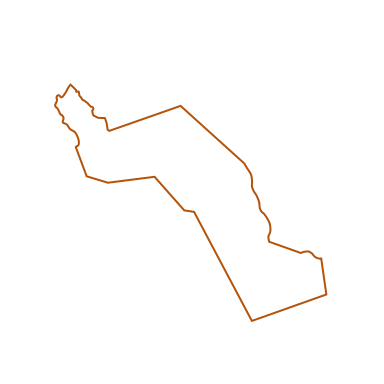 Dulce Nombre, Copán, Honduras, rotated 159°
{"feature_id": "27666195B52269528402042", "entity_name": "Dulce Nombre", "entity_type": "district", "adm_level": 2, "iso_a3": "HND", "parent_name": "Honduras", "parent_adm1": "Copán", "projection": "equal_earth", "projection_center": [-88.827, 14.864], "detail": "fine", "context": "isolated", "style": "outline", "palette": "amber", "viewbox_px": 384, "rotation_deg": 159, "n_neighbors": 0, "source": "geoboundaries", "source_scale": "gbopen_adm2", "svg_char_len": 5715}
<svg xmlns="http://www.w3.org/2000/svg" viewBox="0 0 384 384"><g transform="rotate(159 192 192)"><path d="M284.7,244.4L267.2,230.8L221.5,219.6L205.8,177.6L197.2,172.7L182.3,50.2L103.3,48.2L95.2,83.6L95.6,83.7L95.9,83.8L96.4,83.9L96.5,83.9L96.9,84.1L97.5,84.5L98.2,85.0L98.7,85.4L99.2,85.9L99.6,86.3L99.9,86.6L100.1,86.9L100.4,87.4L100.6,87.8L100.9,88.3L101.0,88.6L101.2,89.1L101.3,89.4L101.5,90.1L101.7,90.7L101.9,91.4L102.2,92.0L102.4,92.3L102.7,92.6L103.1,93.2L103.6,93.8L104.0,94.3L104.4,94.6L104.7,94.8L104.9,94.9L105.1,95.0L105.3,95.1L106.7,95.5L107.5,95.7L108.4,95.9L108.8,96.0L109.4,96.1L109.9,96.1L111.0,96.1L112.2,96.0L137.7,117.8L137.6,119.0L137.5,119.7L137.3,120.9L137.0,121.9L137.0,122.2L136.9,122.5L136.7,122.9L136.5,123.3L136.1,123.8L135.9,124.0L135.5,124.3L135.0,124.8L134.5,125.3L134.0,125.9L133.6,126.4L133.1,127.0L132.8,127.6L132.5,128.2L132.2,128.8L132.0,129.3L131.8,130.0L131.6,130.7L131.2,132.1L131.0,133.5L130.9,134.1L130.8,134.3L130.8,134.8L130.8,135.6L130.8,136.3L130.8,136.8L130.8,137.3L130.9,138.1L131.1,139.3L131.3,140.7L131.4,141.4L131.7,142.7L131.9,143.4L132.1,144.3L132.3,145.0L132.5,145.6L132.8,146.2L133.0,146.6L133.3,147.2L133.7,147.7L133.9,148.1L134.0,148.4L134.2,148.9L134.3,149.4L134.4,150.0L134.5,150.6L134.5,151.1L134.5,151.8L134.5,152.4L134.4,152.9L134.3,153.5L134.2,154.0L134.1,154.4L133.7,155.5L133.6,156.0L133.4,156.4L133.3,157.1L133.1,157.8L133.0,158.5L132.9,159.2L132.9,160.0L132.8,160.7L132.8,161.2L132.9,163.3L132.9,164.3L133.0,165.1L133.1,165.9L133.2,166.6L133.3,167.1L133.6,168.4L133.8,169.3L134.0,170.2L134.1,171.1L134.2,172.0L134.2,172.4L134.2,173.1L134.2,174.1L134.2,174.8L134.1,175.1L134.1,175.4L134.0,175.8L133.9,176.1L133.8,176.5L133.7,176.9L133.5,177.3L133.1,178.0L132.9,178.3L132.7,178.9L132.5,179.3L132.1,180.4L131.9,181.1L131.5,182.3L131.3,183.1L131.2,183.6L131.1,184.0L130.9,184.6L130.9,185.0L130.8,185.7L130.7,186.3L130.7,186.7L130.7,187.3L130.7,187.9L130.8,188.5L130.9,189.3L131.1,190.4L131.3,191.2L131.6,192.6L131.8,193.3L132.1,194.8L132.5,197.1L132.8,198.7L132.8,199.2L132.8,199.6L171.8,276.5L247.3,278.7L248.4,280.5L247.0,287.0L246.8,292.2L253.1,294.9L256.6,298.8L256.6,299.4L256.6,300.1L256.6,300.6L256.5,301.1L256.4,301.7L256.4,302.2L256.1,303.4L256.0,303.6L255.9,303.7L255.8,303.8L255.7,303.9L255.4,303.9L255.3,304.0L255.2,304.0L254.9,304.2L254.8,304.4L254.6,304.7L254.4,305.0L254.2,305.3L254.1,305.6L254.1,305.8L254.1,306.0L254.2,306.3L254.3,306.6L254.4,306.8L254.6,307.1L254.8,307.3L254.9,307.5L255.1,307.6L255.3,307.6L255.5,307.7L255.8,307.8L255.9,308.0L256.0,308.3L256.2,308.6L256.5,309.3L256.6,309.6L257.0,310.6L257.2,311.0L257.4,311.8L257.5,312.0L257.6,312.3L257.7,312.6L257.9,312.9L258.4,313.6L258.7,314.0L259.0,314.5L259.5,315.5L259.8,315.9L259.9,316.0L260.3,316.3L260.6,316.6L260.9,316.9L261.1,317.2L261.2,317.3L261.2,317.5L261.3,317.8L261.5,318.9L261.8,320.3L261.9,320.6L262.0,320.8L262.2,321.2L262.3,321.6L262.5,322.1L262.6,322.6L262.5,323.0L262.2,324.1L262.0,324.8L261.9,325.3L261.9,325.5L261.8,325.8L261.9,326.0L262.0,326.4L262.1,326.5L262.3,326.6L262.8,326.7L263.1,326.7L263.3,326.8L263.6,326.9L263.8,326.9L263.9,327.0L264.0,327.1L264.1,327.4L264.0,327.5L263.8,327.9L263.8,328.0L263.7,328.2L263.7,328.4L263.7,328.5L263.8,328.7L263.8,328.8L264.3,330.0L264.6,330.6L264.9,331.6L265.1,331.9L265.8,333.3L266.1,334.1L267.0,335.8L267.5,335.4L268.1,335.1L269.3,334.3L269.7,334.1L270.4,333.5L271.8,332.4L272.6,331.6L273.7,330.6L274.2,330.2L274.8,329.8L276.5,328.6L277.0,328.3L277.7,327.9L278.3,327.5L278.7,327.4L278.9,327.3L279.2,327.2L279.4,327.2L279.8,327.2L280.1,327.3L280.4,327.5L280.5,327.6L280.7,328.0L280.8,328.2L280.8,328.6L280.9,328.8L280.9,329.0L281.0,329.1L281.2,329.4L281.3,329.6L281.5,329.8L281.7,330.0L282.0,330.2L282.2,330.3L282.4,330.3L282.5,330.3L282.9,330.3L283.1,330.2L283.5,330.0L283.7,329.9L283.8,329.8L284.0,329.6L284.2,329.4L284.4,329.1L284.5,328.9L284.6,328.7L284.8,328.1L284.8,327.7L284.8,327.3L284.9,327.1L284.9,326.9L285.0,326.6L285.1,326.3L285.2,326.1L285.3,325.8L285.4,325.6L285.6,325.4L285.7,325.2L287.0,323.9L287.5,323.4L287.9,323.0L288.2,322.7L288.6,322.3L288.7,322.2L288.8,322.0L288.8,321.9L288.8,321.6L288.8,321.3L288.8,321.1L288.8,320.7L288.7,320.4L288.6,320.1L288.5,319.9L288.4,319.6L288.2,319.3L288.1,319.2L287.9,319.0L287.8,318.7L287.7,318.1L287.5,317.1L287.3,316.2L287.3,315.7L287.2,315.1L287.2,314.8L287.2,314.4L287.3,313.4L287.3,313.2L287.2,313.0L287.2,312.6L287.1,312.3L286.9,311.7L286.8,311.2L286.5,311.0L286.3,310.8L286.1,310.6L285.9,310.3L285.8,310.1L285.7,309.9L285.6,309.5L285.5,309.0L285.4,308.4L285.3,308.0L285.3,307.8L285.4,307.6L285.4,307.3L285.5,306.8L285.7,306.4L285.9,306.1L286.1,305.8L286.3,305.5L286.7,305.2L286.9,305.0L287.0,304.8L287.2,304.5L287.3,304.3L287.5,304.0L287.5,303.8L287.6,303.6L287.6,303.4L287.6,303.2L287.5,302.8L287.4,302.7L287.2,302.4L286.6,301.9L286.3,301.7L286.0,301.4L285.7,301.1L285.4,300.7L285.0,300.3L284.7,299.9L284.3,299.2L284.2,298.4L284.1,297.7L284.0,297.0L283.9,296.5L283.8,296.1L283.7,295.6L283.5,295.1L283.3,294.7L283.1,294.3L282.9,293.9L282.7,293.5L282.4,293.1L282.2,292.9L282.0,292.6L281.7,292.4L281.3,291.9L281.1,291.7L280.9,291.5L280.6,291.1L280.4,290.7L280.2,290.5L280.0,290.1L279.8,289.6L279.7,289.2L279.6,288.7L279.4,288.2L279.3,287.7L279.2,287.1L279.2,286.8L279.1,286.2L279.1,285.6L279.1,285.0L279.0,284.3L279.1,283.4L279.1,282.8L279.1,282.3L279.2,281.9L279.2,281.4L279.3,281.0L279.4,280.5L279.5,279.9L279.6,279.4L279.8,279.1L279.9,278.7L280.1,278.2L280.2,277.9L280.4,277.6L280.6,277.3L280.7,277.1L280.9,276.9L281.1,276.7L281.3,276.5L281.4,276.4L281.6,276.3L281.8,276.2L282.0,276.1L282.3,276.0L282.6,276.0L283.1,276.0L283.3,276.0L283.7,275.9L283.9,275.8L284.1,275.7L284.4,275.6L284.7,244.4Z" fill="none" stroke="#b45309" stroke-width="2"/></g></svg>